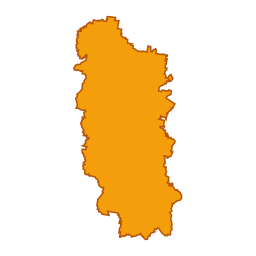 outline of Somerset, Queensland, Australia, rotated 182°
{"feature_id": "25037944B77651628616749", "entity_name": "Somerset", "entity_type": "district", "adm_level": 2, "iso_a3": "AUS", "parent_name": "Australia", "parent_adm1": "Queensland", "projection": "natural_earth1", "projection_center": [152.451, -27.012], "detail": "fine", "context": "isolated", "style": "filled", "palette": "amber", "viewbox_px": 256, "rotation_deg": 182, "n_neighbors": 0, "source": "geoboundaries", "source_scale": "gbopen_adm2", "svg_char_len": 5790}
<svg xmlns="http://www.w3.org/2000/svg" viewBox="0 0 256 256"><g transform="rotate(182 128 128)"><path d="M182.7,188.8L182.8,187.7L184.0,186.8L184.1,185.2L183.6,184.1L181.2,183.9L180.0,184.5L177.0,183.0L175.5,183.7L175.6,180.6L172.5,180.1L171.7,177.8L171.7,176.1L173.6,173.6L173.3,172.4L175.2,170.5L174.9,169.2L175.4,167.8L175.0,166.0L175.4,165.1L177.9,161.9L179.5,160.7L179.7,159.9L180.3,159.6L179.6,158.1L181.3,155.6L179.4,149.8L179.8,147.2L180.3,147.0L180.5,145.9L177.8,145.9L176.1,144.7L173.1,144.1L171.3,144.3L171.0,143.1L172.7,142.0L172.2,139.0L171.2,137.0L174.0,137.4L174.0,136.7L173.6,137.1L173.0,136.6L173.0,135.2L174.5,134.1L174.4,132.3L175.2,131.8L175.4,130.6L174.1,128.1L174.3,127.5L172.1,124.2L172.3,123.1L172.9,123.2L173.1,122.6L172.6,122.6L172.6,121.5L172.0,121.8L171.5,121.4L171.6,120.1L172.4,118.9L170.1,118.8L169.0,119.5L168.7,118.9L169.5,117.6L167.9,117.0L167.9,116.5L166.8,116.8L167.2,115.5L168.6,115.6L169.0,114.4L169.5,114.5L169.5,113.8L170.1,113.4L169.8,111.5L170.4,110.3L171.0,110.5L171.2,109.5L172.8,108.6L168.4,107.8L169.4,107.1L169.5,105.1L173.0,105.2L173.2,104.2L172.8,102.1L172.2,101.8L172.6,101.1L170.9,99.3L171.2,98.6L170.8,97.4L170.2,97.5L169.6,96.3L170.1,94.9L169.3,93.9L169.5,93.1L171.3,92.1L171.0,91.2L171.4,90.4L170.2,90.0L171.4,89.3L171.8,88.0L171.2,87.4L171.4,85.4L170.3,84.9L169.7,84.0L169.5,80.7L167.3,79.7L165.7,80.8L165.4,79.0L164.8,78.5L163.8,79.0L158.8,77.7L158.1,76.0L156.9,75.6L155.7,74.2L155.5,73.3L156.3,72.9L155.7,72.3L155.0,69.4L152.7,67.7L151.4,67.2L150.4,67.6L150.4,65.7L151.5,64.2L151.1,63.7L151.2,62.4L150.6,62.4L155.7,55.4L156.4,49.2L155.8,49.1L155.4,46.5L155.8,45.8L154.2,45.5L154.6,44.9L154.4,43.3L152.3,43.1L150.9,41.0L143.9,40.0L144.5,42.0L145.7,43.7L145.3,44.1L134.9,42.6L135.2,40.7L133.6,40.4L133.9,38.2L132.2,37.9L132.6,35.8L132.3,35.7L133.0,35.4L133.7,32.7L132.7,32.2L132.6,33.1L131.5,34.1L131.4,31.3L132.0,30.6L132.0,28.9L132.8,27.8L133.4,23.5L132.9,24.1L131.9,23.9L132.6,18.7L131.5,18.7L131.3,19.3L129.6,19.6L129.0,20.2L127.5,19.6L126.0,21.5L125.4,20.9L123.9,21.9L123.3,21.1L121.7,21.1L120.7,19.2L119.7,19.3L119.1,19.9L116.3,20.3L115.5,21.1L112.2,22.1L111.7,22.8L111.0,21.2L109.8,20.4L109.9,19.9L108.7,19.7L108.2,18.4L106.7,17.3L105.5,17.3L104.8,17.4L104.4,19.7L103.7,20.5L102.3,20.7L102.4,22.0L101.4,23.6L97.5,25.2L98.3,25.7L97.8,28.1L96.2,27.4L94.9,29.2L93.9,28.9L90.1,23.7L89.2,23.5L87.2,21.6L86.2,22.2L85.4,21.6L85.1,22.7L84.4,23.2L83.0,22.4L82.1,22.7L81.6,24.2L82.2,25.6L81.8,26.7L80.5,27.9L80.7,30.3L81.5,30.9L80.6,32.9L81.2,33.6L80.9,34.6L82.1,38.6L81.4,42.2L83.3,45.0L81.2,46.5L82.1,49.2L80.9,51.8L81.3,54.1L79.5,53.8L79.2,55.0L77.5,55.9L77.2,56.5L73.2,57.9L71.9,60.0L72.3,63.3L73.4,64.0L73.7,65.6L76.4,66.9L76.1,67.3L76.6,68.1L78.5,67.6L81.9,72.3L81.2,73.1L81.7,74.4L83.8,73.4L83.0,72.3L83.0,71.6L85.0,71.7L84.6,74.3L86.8,74.6L85.4,76.8L85.9,77.5L85.4,79.9L86.6,81.1L87.5,80.7L89.3,82.8L88.5,83.0L88.4,85.1L87.9,85.4L88.8,87.8L88.5,90.3L91.1,90.7L90.7,93.6L89.8,93.4L89.6,95.3L90.1,96.2L90.1,100.1L90.8,101.4L88.2,101.0L87.7,100.3L87.9,99.4L87.3,99.3L87.0,100.1L85.3,100.6L84.0,101.7L82.5,105.4L82.5,105.9L83.1,105.4L83.4,106.0L84.0,105.7L84.5,106.8L83.5,108.1L83.4,110.8L83.7,111.1L80.9,114.7L80.5,116.6L82.1,118.5L84.6,118.9L84.8,120.0L85.5,119.6L86.9,120.3L87.5,119.5L87.7,121.6L88.7,120.9L90.0,121.2L89.7,121.9L88.6,122.1L89.4,122.5L90.1,122.2L90.2,122.7L88.3,123.5L88.6,124.1L90.9,124.5L90.5,127.0L92.4,127.3L92.5,128.4L95.6,129.3L96.2,130.1L95.9,130.8L91.6,130.2L91.5,131.0L92.6,131.2L91.9,136.9L97.2,137.8L96.7,138.3L95.9,137.9L96.4,138.8L95.1,139.4L95.9,140.7L95.7,141.2L95.1,140.5L91.3,140.0L90.3,137.8L89.4,142.8L89.8,143.5L89.0,143.6L89.1,144.1L88.6,144.3L89.0,144.9L85.8,147.3L85.5,148.2L85.1,148.1L84.9,148.9L85.2,149.2L84.2,149.3L84.3,149.8L83.5,150.2L83.0,152.1L81.9,153.7L90.9,159.2L90.4,160.6L89.5,161.4L86.4,163.1L86.0,166.6L88.4,167.5L88.4,167.0L89.5,166.3L95.2,167.1L96.1,165.6L98.7,166.0L98.2,169.7L96.9,171.0L94.2,172.3L93.0,173.3L92.9,173.9L91.3,173.6L90.9,176.2L89.6,175.6L88.2,176.0L89.3,177.3L89.0,177.9L88.0,176.9L86.6,176.5L84.9,179.0L85.2,180.1L86.0,180.5L86.9,182.9L88.4,182.1L90.1,179.3L92.2,179.6L91.8,180.2L92.2,181.7L93.0,183.3L93.8,183.5L93.2,184.2L92.7,186.5L91.5,187.3L91.1,189.1L93.0,189.5L92.6,193.3L92.1,193.2L91.4,198.2L93.0,196.9L92.5,200.5L91.3,201.3L91.4,202.3L93.1,202.2L94.8,203.1L95.4,202.6L96.2,203.0L97.3,202.6L102.8,203.5L102.3,206.7L103.1,208.1L105.7,206.8L106.4,205.2L107.7,205.0L108.2,210.3L109.8,210.0L110.9,210.7L111.7,204.7L116.2,205.4L116.4,204.8L121.2,205.3L124.0,207.3L125.8,207.9L125.5,210.5L127.9,210.9L127.8,211.8L127.1,212.2L131.4,212.9L131.4,216.4L133.0,216.6L132.9,217.5L134.0,218.3L134.1,217.5L136.6,218.6L138.7,221.4L137.4,222.1L138.3,224.0L137.7,226.3L141.9,227.1L140.8,235.0L145.0,235.0L144.2,237.9L150.9,238.7L152.6,238.5L153.0,236.2L152.4,236.1L152.5,235.4L153.2,235.5L153.5,233.7L156.6,234.3L156.5,235.1L157.9,235.6L158.4,234.9L158.9,235.4L158.6,234.6L159.1,234.2L161.2,234.6L161.3,233.8L166.3,234.8L166.8,231.3L167.3,231.8L168.1,231.2L168.7,232.1L169.2,231.6L169.9,232.5L173.0,229.9L173.3,228.2L173.5,228.7L174.7,227.8L175.1,228.3L175.8,227.8L175.4,227.4L175.8,226.1L176.8,226.7L177.2,226.2L179.2,226.0L179.2,225.0L178.1,224.1L178.2,223.2L179.1,222.8L179.7,223.9L181.0,223.7L181.2,222.3L181.7,222.4L181.2,221.4L181.9,220.0L181.4,219.9L181.8,219.1L181.0,219.3L181.0,217.0L182.0,216.8L182.5,213.0L182.2,213.0L182.3,212.2L181.8,212.1L182.0,210.4L181.5,210.4L182.6,209.5L182.7,208.0L182.3,207.9L182.5,206.3L181.6,206.1L181.7,203.3L180.2,204.1L180.8,199.6L180.1,199.5L180.2,198.3L178.4,198.0L178.7,195.8L176.1,195.4L175.9,196.4L174.8,196.2L174.7,197.2L173.5,197.0L173.2,199.0L172.7,198.9L172.6,199.6L171.5,199.4L172.2,194.8L173.3,193.7L177.6,191.2L178.0,189.8L181.2,189.7L182.7,188.8Z" fill="#f59e0b" stroke="#b45309" stroke-width="1.5"/></g></svg>